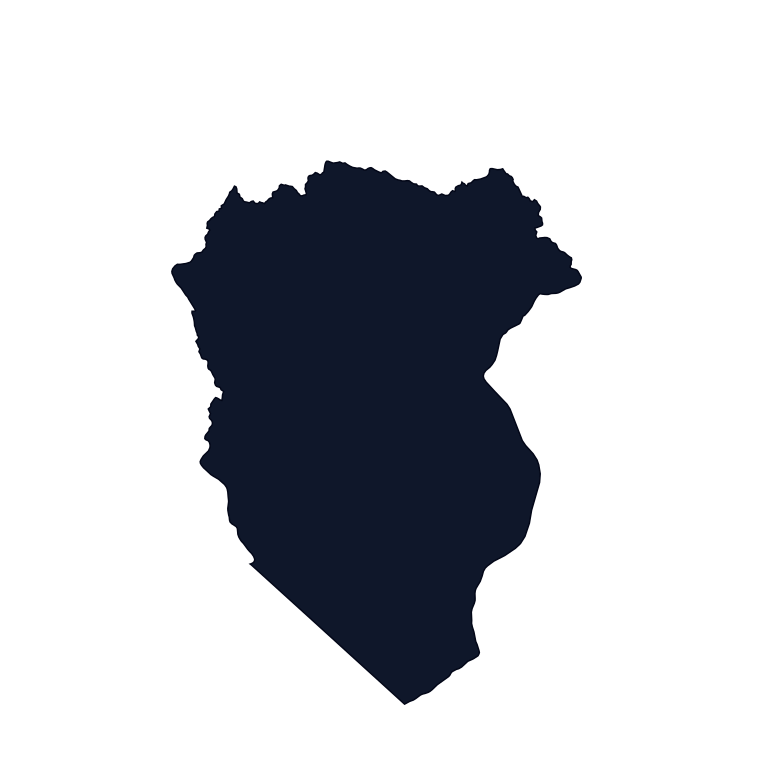 outline of Casa Nova, Bahia, Brazil, rotated 307°
{"feature_id": "56859067B17018387686030", "entity_name": "Casa Nova", "entity_type": "district", "adm_level": 2, "iso_a3": "BRA", "parent_name": "Brazil", "parent_adm1": "Bahia", "projection": "robinson", "projection_center": [-41.193, -9.237], "detail": "fine", "context": "isolated", "style": "filled", "palette": "ink", "viewbox_px": 768, "rotation_deg": 307, "n_neighbors": 0, "source": "geoboundaries", "source_scale": "gbopen_adm2", "svg_char_len": 6171}
<svg xmlns="http://www.w3.org/2000/svg" viewBox="0 0 768 768"><g transform="rotate(307 384 384)"><path d="M159.7,385.5L159.7,386.9L151.9,472.3L141.8,581.4L140.7,593.1L146.0,595.5L149.2,597.6L151.8,598.6L157.6,600.3L159.6,601.4L161.7,603.1L164.4,604.9L166.2,605.7L168.9,606.4L175.9,607.5L189.4,611.7L191.3,611.8L192.8,611.5L194.7,611.4L196.1,611.9L199.6,613.5L201.6,615.0L204.7,616.3L213.0,617.8L217.1,620.1L218.5,620.8L223.5,622.6L225.4,622.3L226.9,621.8L228.3,620.2L231.9,615.2L233.6,612.2L240.1,605.0L243.1,600.8L245.5,598.0L248.0,596.3L254.4,591.0L257.7,589.5L263.1,588.1L265.9,587.0L267.7,585.7L271.4,582.7L273.8,581.3L276.1,580.5L284.3,579.6L289.8,577.9L294.2,576.1L297.9,575.6L301.1,576.1L308.6,578.3L319.8,583.7L331.8,587.8L338.7,589.0L347.1,588.3L360.3,583.9L372.1,577.8L399.0,567.5L406.3,562.8L412.5,556.3L415.4,552.0L418.0,545.1L420.1,534.1L422.0,528.5L439.8,499.8L441.8,494.5L444.7,476.9L447.0,464.4L448.3,460.7L450.1,458.5L452.8,457.3L456.1,457.2L461.1,458.4L464.6,458.6L469.8,458.3L474.5,456.7L478.9,454.8L489.8,449.7L495.1,449.2L498.0,450.4L499.5,450.5L501.8,450.4L504.7,451.4L513.2,455.7L514.4,456.0L517.6,455.3L520.9,454.4L522.3,454.2L523.4,455.0L528.6,455.5L532.1,455.5L534.7,455.4L540.7,454.1L544.2,453.7L548.1,453.7L550.0,454.2L551.0,456.2L552.4,458.6L554.3,461.2L556.9,463.1L559.9,466.7L561.4,468.1L563.2,469.2L569.3,471.8L572.8,474.4L577.1,477.3L580.9,479.1L583.1,479.2L587.0,477.9L588.0,477.2L590.6,471.3L591.0,469.9L590.8,468.4L589.0,464.0L589.2,462.4L590.5,461.6L592.1,461.5L594.5,459.8L596.2,459.2L597.5,457.7L597.2,455.7L597.2,452.9L597.6,449.2L597.3,447.7L596.4,445.6L596.2,443.9L596.9,441.1L598.8,438.2L599.4,436.4L598.3,433.4L598.5,431.4L599.7,429.0L599.0,426.1L597.8,424.3L594.1,420.3L592.8,419.8L592.4,418.4L593.3,416.7L594.1,415.7L597.4,414.5L597.9,412.2L599.3,410.6L601.1,412.0L604.9,414.4L606.5,414.8L607.8,413.9L608.9,412.3L611.4,410.0L611.6,408.6L611.4,405.8L613.9,404.2L617.5,403.7L619.5,402.4L620.1,400.9L620.4,399.2L621.0,397.5L621.9,395.8L621.7,393.2L619.2,393.1L618.3,390.7L619.4,388.3L619.7,386.5L618.6,385.8L618.2,384.5L618.0,382.6L616.9,381.8L621.9,372.5L621.5,371.0L621.5,369.5L622.1,367.5L623.0,365.7L623.8,364.5L625.0,364.1L626.0,362.3L626.3,360.7L625.7,358.8L626.1,356.3L625.4,355.0L626.4,351.7L627.3,349.3L625.4,347.9L623.3,345.5L621.1,340.7L619.9,339.3L618.3,339.6L616.6,340.7L614.5,341.5L612.0,341.4L610.6,340.9L605.7,337.7L602.8,335.0L601.7,333.4L600.5,333.0L597.1,332.5L594.7,330.6L592.3,331.3L591.8,329.4L592.3,327.8L591.9,326.1L592.1,324.8L589.6,325.7L588.2,325.0L587.1,324.0L584.5,322.9L583.1,323.2L581.5,324.5L580.3,324.6L579.6,322.4L577.6,322.0L575.5,322.2L573.5,321.9L571.4,319.5L570.5,315.8L567.5,314.2L566.8,312.3L567.6,308.8L566.8,307.1L565.8,305.6L565.6,303.5L566.0,301.1L565.1,298.2L565.1,295.2L563.3,293.1L562.5,291.5L563.2,289.7L562.4,288.4L561.6,287.2L561.4,284.4L561.5,282.1L560.6,280.4L558.7,278.4L557.0,276.2L556.3,274.1L555.6,272.8L555.1,271.2L554.6,269.6L555.0,258.8L554.8,256.8L553.2,255.2L552.0,255.1L550.9,254.6L550.2,252.2L549.3,247.5L549.3,245.1L549.0,243.5L548.0,242.5L546.6,241.6L544.3,240.9L543.0,239.6L542.7,237.3L542.2,235.2L541.5,234.1L540.1,232.6L538.1,228.6L537.4,225.3L537.1,222.2L537.1,219.8L535.4,218.3L534.7,215.0L533.0,213.7L529.8,210.5L529.1,208.2L528.3,205.3L527.3,204.1L526.2,204.1L525.0,204.4L523.5,205.0L517.1,208.4L515.4,207.8L514.2,207.9L512.4,207.0L512.2,203.8L511.5,201.9L509.3,201.6L507.5,201.0L505.8,199.3L504.6,198.8L503.4,199.0L502.4,199.6L500.6,201.4L498.0,201.5L496.2,201.2L494.0,202.8L492.4,203.4L489.6,207.2L488.3,207.9L486.6,206.3L484.9,205.3L484.0,203.9L484.6,202.0L484.8,199.7L485.8,197.5L485.9,194.7L486.5,192.0L485.7,190.4L485.0,189.3L483.7,185.5L482.7,184.8L481.6,181.7L479.4,181.2L477.3,182.4L474.7,182.5L473.3,182.0L470.5,179.9L468.6,180.4L465.8,183.0L464.0,181.3L462.3,180.7L459.9,180.6L458.4,180.0L456.1,179.9L455.6,178.0L455.0,176.8L454.6,175.1L453.0,175.0L451.8,174.3L450.7,172.3L451.4,169.4L449.9,168.2L447.7,167.5L446.4,164.4L445.6,163.0L445.5,161.6L446.7,159.3L446.7,156.1L447.9,155.1L448.5,154.0L448.1,151.7L451.2,149.0L452.4,147.1L452.0,145.5L448.5,146.1L446.6,146.1L444.3,145.4L442.8,146.1L440.4,146.7L436.2,147.0L431.6,148.0L428.4,146.8L426.6,148.5L424.7,147.1L422.7,148.2L421.0,146.6L418.1,146.6L416.7,147.3L415.6,147.8L413.8,146.8L411.6,146.3L409.6,146.3L407.3,145.6L405.9,146.1L404.3,147.6L401.8,148.7L402.5,150.8L402.1,152.3L399.6,152.4L397.7,153.0L394.8,152.5L393.2,153.0L391.9,154.2L390.3,157.1L388.5,157.7L386.7,159.3L385.0,159.7L382.4,159.1L379.7,159.2L378.4,158.3L376.1,155.8L374.3,155.2L372.6,155.0L370.4,155.9L366.4,156.2L364.6,155.9L361.1,153.4L356.8,149.1L355.2,146.9L352.4,146.0L348.8,145.9L346.3,146.8L344.8,148.2L342.5,152.5L341.2,154.4L340.1,156.8L339.4,158.9L338.6,164.3L335.8,172.0L335.3,175.0L334.3,176.9L330.3,187.2L329.2,189.4L328.2,189.0L326.6,186.9L325.1,187.9L322.8,191.4L321.2,193.3L319.4,195.2L316.5,197.7L315.5,199.4L313.2,202.3L312.3,203.9L310.5,205.8L310.4,207.3L309.4,208.1L308.2,208.4L304.9,208.1L303.5,211.4L302.3,213.0L301.3,215.8L298.4,216.8L297.5,219.3L295.2,222.7L295.2,224.5L296.3,226.3L296.7,227.8L296.6,229.3L295.1,230.8L292.4,232.4L290.9,233.9L290.4,235.2L290.6,237.0L290.2,238.6L288.5,241.7L287.0,245.4L286.2,246.4L283.1,248.0L281.7,250.0L281.4,251.7L282.6,255.3L281.4,257.4L281.6,260.4L278.1,261.6L275.6,263.2L273.3,264.4L272.7,263.2L272.6,260.9L272.3,259.0L271.8,257.7L270.1,257.5L263.8,257.8L261.6,259.3L258.3,258.7L255.9,263.3L252.7,264.0L251.6,265.4L251.3,267.6L250.5,269.6L248.8,271.0L247.2,271.5L245.4,271.3L243.4,271.2L241.1,272.5L236.0,272.3L234.5,272.6L232.5,273.8L232.3,275.6L232.9,277.4L232.5,279.4L231.1,281.3L229.9,282.4L228.3,283.3L225.0,284.1L217.9,283.0L213.7,283.3L211.4,283.9L210.2,285.1L209.3,287.2L208.5,290.3L207.7,298.5L207.5,300.1L207.7,303.4L208.4,309.1L207.8,317.1L206.8,320.2L205.9,321.8L203.7,324.3L200.3,327.3L197.4,330.0L196.4,330.8L190.7,334.1L189.0,335.5L185.9,338.8L184.6,340.5L182.3,342.6L181.2,344.1L180.8,346.6L181.2,351.7L180.4,353.8L176.0,357.8L174.4,360.2L173.4,362.5L172.6,364.8L172.1,367.7L170.0,374.7L169.4,377.5L169.0,380.3L167.9,383.6L166.3,386.2L164.3,387.2L162.4,387.0L160.7,386.2L159.7,385.5Z" fill="#0f172a" stroke="#020617" stroke-width="1.5"/></g></svg>